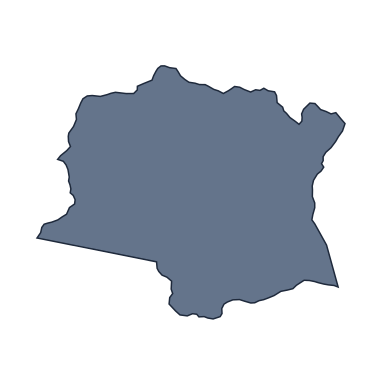 the district of Cachoeira de Goiás, Goiás, Brazil, rotated 265°
{"feature_id": "56859067B5572489257411", "entity_name": "Cachoeira de Goiás", "entity_type": "district", "adm_level": 2, "iso_a3": "BRA", "parent_name": "Brazil", "parent_adm1": "Goiás", "projection": "robinson", "projection_center": [-50.689, -16.714], "detail": "fine", "context": "isolated", "style": "filled", "palette": "slate", "viewbox_px": 384, "rotation_deg": 265, "n_neighbors": 0, "source": "geoboundaries", "source_scale": "gbopen_adm2", "svg_char_len": 2064}
<svg xmlns="http://www.w3.org/2000/svg" viewBox="0 0 384 384"><g transform="rotate(265 192 192)"><path d="M236.2,61.0L233.8,66.5L230.0,68.9L225.2,70.4L217.6,71.0L213.7,70.0L209.7,71.1L205.6,71.6L201.8,70.6L198.9,73.4L194.5,74.9L190.3,74.0L187.2,68.6L180.8,65.1L178.7,60.8L175.9,55.9L174.2,49.7L173.6,45.6L172.8,41.9L169.8,39.3L164.7,37.7L159.7,33.6L125.5,150.6L119.0,150.6L115.7,152.0L111.8,154.9L109.4,159.5L105.0,163.9L97.1,162.8L92.5,163.9L88.8,160.6L82.4,159.4L75.0,165.2L70.6,169.3L69.0,176.5L70.7,181.9L69.8,186.1L67.0,188.0L66.8,193.3L65.1,196.7L63.7,202.0L65.4,209.2L68.3,211.3L73.3,211.5L77.5,214.1L79.3,217.6L81.0,223.3L80.7,230.0L78.7,234.7L76.3,240.9L76.2,244.9L77.9,249.3L78.5,254.0L79.8,258.7L81.7,264.8L85.3,271.9L86.0,278.5L86.9,284.1L90.0,287.9L94.3,296.0L93.6,301.3L92.1,306.4L90.7,309.8L88.8,315.3L87.6,319.8L86.5,325.4L84.6,329.3L127.4,321.4L149.6,311.5L153.8,309.0L159.0,310.4L165.6,312.9L170.4,313.3L176.9,311.5L183.6,312.2L187.5,312.3L193.1,314.1L198.9,318.4L201.6,322.4L205.3,325.4L208.9,323.5L211.8,325.4L215.7,325.7L219.8,328.7L224.0,334.3L229.8,339.5L234.4,342.7L239.6,347.2L246.8,350.4L251.8,346.8L258.5,342.2L257.7,337.3L260.5,332.6L262.9,327.3L265.9,325.0L269.4,322.2L270.3,317.2L264.7,310.4L260.2,308.0L256.8,308.2L253.0,307.6L250.1,304.5L253.5,300.9L257.7,296.0L262.1,293.0L264.8,290.5L268.6,289.7L273.6,284.6L280.7,284.6L284.6,283.0L286.2,276.7L289.1,272.6L287.3,268.6L288.3,264.3L286.5,259.1L289.6,252.8L292.2,248.7L293.4,243.6L291.5,240.4L289.8,237.3L287.4,231.8L290.5,227.0L292.3,222.7L296.0,217.4L297.8,214.5L298.4,208.7L300.1,204.6L301.6,198.5L304.7,194.7L308.7,190.7L313.1,188.6L316.4,186.8L317.8,180.5L320.0,175.8L320.3,172.1L318.1,168.7L315.5,166.7L311.3,164.0L306.9,161.9L304.2,153.1L302.1,146.8L298.5,146.4L295.2,142.5L295.8,135.0L297.0,129.2L298.0,124.4L297.4,119.9L296.4,116.0L295.2,109.0L296.8,101.0L296.8,96.0L294.4,91.5L290.5,89.0L284.7,86.0L280.0,83.2L274.3,83.2L267.6,79.7L261.4,74.4L258.3,73.6L253.0,73.4L247.9,74.9L244.1,70.8L239.7,64.3L236.2,61.0Z" fill="#64748b" stroke="#1e293b" stroke-width="1.5"/></g></svg>